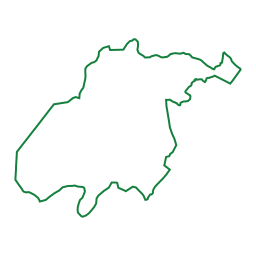 outline of Santa María la Asunción, Oaxaca, Mexico
{"feature_id": "50627088B43505980471729", "entity_name": "Santa María la Asunción", "entity_type": "district", "adm_level": 2, "iso_a3": "MEX", "parent_name": "Mexico", "parent_adm1": "Oaxaca", "projection": "natural_earth1", "projection_center": [-96.812, 18.103], "detail": "fine", "context": "isolated", "style": "outline", "palette": "green", "viewbox_px": 256, "rotation_deg": 0, "n_neighbors": 0, "source": "geoboundaries", "source_scale": "gbopen_adm2", "svg_char_len": 3609}
<svg xmlns="http://www.w3.org/2000/svg" viewBox="0 0 256 256"><path d="M145.4,199.9L147.6,199.3L147.8,198.4L148.0,197.7L148.3,197.2L149.7,195.2L150.4,194.4L151.1,194.5L152.1,194.0L152.9,193.0L152.9,191.4L153.4,189.7L153.7,188.8L154.2,188.1L154.7,187.2L156.3,185.3L163.3,178.1L166.6,174.2L169.8,169.6L164.3,165.4L166.1,157.0L169.2,156.2L169.7,155.2L170.2,154.0L172.7,152.1L176.3,145.1L174.3,138.5L173.6,137.1L172.0,133.6L170.5,129.1L169.9,127.4L169.0,121.3L167.5,112.2L167.2,110.4L166.5,106.5L166.4,104.8L166.1,99.9L167.8,99.9L169.8,99.7L172.8,101.6L173.8,102.2L174.6,102.1L175.3,102.6L175.7,102.9L176.1,103.0L176.6,103.2L176.9,103.4L177.5,104.2L178.0,104.6L178.4,104.9L178.8,105.1L179.5,105.3L180.1,105.2L180.3,104.9L180.4,104.3L180.4,103.9L180.4,103.3L180.6,103.0L180.9,102.6L181.8,102.2L183.3,101.6L184.0,101.4L185.1,101.4L185.6,101.5L186.7,101.2L187.7,101.1L187.8,101.0L188.2,100.8L188.7,100.3L189.3,99.8L189.9,99.3L190.1,98.8L190.4,96.6L190.4,96.1L190.2,95.5L187.0,93.4L185.8,92.7L185.5,92.4L185.4,91.9L185.4,91.5L185.5,91.2L188.6,87.3L189.1,86.8L189.6,86.5L190.4,86.1L190.9,85.7L191.2,85.4L191.5,84.8L191.6,83.5L191.7,83.2L192.0,82.8L192.5,82.2L193.1,81.6L193.8,81.3L194.4,81.1L194.8,80.8L195.5,80.2L195.0,79.5L195.7,79.2L196.4,79.1L197.5,79.7L199.4,79.3L201.8,79.4L203.1,80.9L204.9,82.1L205.6,81.2L206.0,80.1L206.7,78.3L207.9,77.8L208.8,78.0L211.4,77.0L212.5,76.8L214.7,75.7L224.2,80.5L230.2,83.6L232.2,81.2L239.8,70.7L240.6,69.6L240.2,68.6L237.6,66.9L235.2,64.8L231.9,61.4L230.8,58.5L229.5,57.0L227.1,55.3L225.5,53.9L224.3,52.5L223.6,52.8L223.3,53.3L223.1,54.7L222.7,58.4L222.2,60.9L222.1,62.6L220.5,63.1L220.5,64.3L220.2,65.0L219.4,65.6L218.2,65.9L215.7,66.8L214.5,68.5L214.2,69.2L213.3,69.2L212.3,68.7L211.5,68.0L207.1,65.6L200.8,60.0L198.5,59.1L192.3,57.5L190.4,55.3L189.0,54.2L185.6,54.0L183.6,52.8L180.1,53.7L175.5,53.2L173.1,53.4L171.6,54.0L170.6,54.0L168.4,56.0L166.4,57.1L165.1,56.9L163.6,57.4L162.6,57.4L161.1,57.2L157.8,55.5L156.1,55.1L154.6,55.4L151.4,56.3L149.8,57.3L145.0,57.5L143.3,55.8L140.7,54.3L140.4,54.1L138.5,52.8L138.4,52.1L137.7,50.7L137.4,49.6L137.8,47.5L138.1,45.4L137.9,42.7L137.8,41.7L135.4,39.3L133.6,39.3L132.5,40.5L129.8,41.2L126.9,44.1L123.4,49.6L122.6,49.7L110.1,50.0L108.9,46.2L104.5,47.5L103.2,47.9L101.3,49.6L99.0,51.8L98.6,55.9L96.4,60.5L94.3,62.1L91.5,62.9L90.8,63.4L88.9,64.8L87.0,66.2L86.0,67.7L85.4,68.6L85.3,70.3L85.3,72.2L85.5,75.6L85.5,76.3L85.4,77.3L85.3,78.6L84.5,82.3L83.3,87.8L81.4,90.2L80.6,91.8L79.7,93.5L79.3,98.1L75.7,97.1L73.0,98.0L67.9,102.1L67.5,102.2L66.1,102.4L64.1,102.7L59.6,103.4L57.1,103.8L53.9,104.3L51.8,107.0L46.5,113.8L42.1,119.5L37.5,125.5L35.2,128.4L34.6,129.2L33.0,131.2L25.7,140.6L22.6,144.5L16.9,151.9L16.6,157.3L16.2,164.0L16.0,167.9L16.0,169.5L15.6,175.6L15.4,179.8L19.9,186.3L20.5,187.0L20.7,187.4L21.9,189.0L22.6,190.4L23.8,191.7L25.5,192.2L26.0,192.4L28.7,192.1L30.5,192.8L32.1,193.7L34.4,194.9L38.1,197.9L39.3,200.1L39.9,201.5L45.8,199.9L49.5,196.8L54.2,193.4L56.2,192.2L59.5,190.3L60.0,189.8L62.4,187.4L67.8,186.0L71.3,185.9L72.7,185.9L74.7,185.5L77.5,186.5L80.4,186.8L82.7,187.0L84.1,187.8L84.7,190.0L84.9,191.5L83.8,194.3L82.5,197.6L81.5,198.6L80.0,200.0L78.8,203.3L77.9,206.7L77.8,207.2L77.6,209.7L77.9,212.5L79.2,213.9L81.0,215.9L82.6,216.7L85.7,215.6L87.4,214.4L88.7,213.5L91.0,210.9L92.8,208.7L94.0,207.3L96.2,203.4L96.6,198.4L98.3,195.7L103.9,190.9L108.9,187.6L111.7,182.5L112.2,182.5L116.0,182.5L117.2,182.9L118.3,187.6L118.4,187.8L123.0,189.8L124.5,190.5L125.8,191.2L132.8,186.7L136.0,187.5L138.4,190.1L140.5,192.1L142.1,193.8L143.4,195.4L144.2,197.2L145.4,199.9Z" fill="none" stroke="#15803d" stroke-width="2"/></svg>